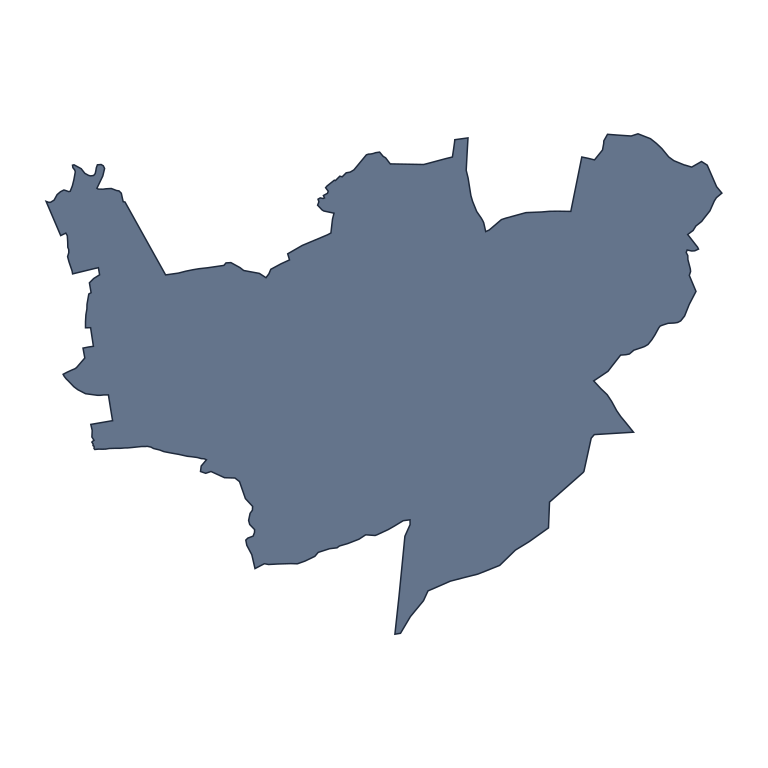 Ezza South, Ebonyi, Nigeria (Mercator projection)
{"feature_id": "59680162B18578493945657", "entity_name": "Ezza South", "entity_type": "district", "adm_level": 2, "iso_a3": "NGA", "parent_name": "Nigeria", "parent_adm1": "Ebonyi", "projection": "mercator", "projection_center": [7.982, 6.114], "detail": "fine", "context": "isolated", "style": "filled", "palette": "slate", "viewbox_px": 768, "rotation_deg": 0, "n_neighbors": 0, "source": "geoboundaries", "source_scale": "gbopen_adm2", "svg_char_len": 4299}
<svg xmlns="http://www.w3.org/2000/svg" viewBox="0 0 768 768"><path d="M468.0,137.9L454.8,139.7L454.5,142.6L453.6,149.0L452.4,157.0L445.8,158.6L428.7,163.2L423.7,164.5L391.1,163.9L390.4,164.0L389.3,162.7L385.6,157.8L383.2,156.4L379.6,152.1L375.5,152.7L373.9,153.3L371.9,153.8L369.8,154.1L368.6,154.1L366.4,154.8L353.9,169.9L350.2,172.1L346.2,172.8L344.7,174.3L342.2,176.8L339.8,176.2L335.4,180.6L334.3,180.2L327.0,186.0L325.6,187.7L328.2,191.2L327.8,192.4L327.5,193.3L323.4,195.5L324.5,197.9L323.1,198.5L320.2,197.9L318.0,199.2L318.9,201.8L317.6,205.2L322.0,209.9L323.8,211.0L334.0,213.2L332.5,219.1L330.9,233.0L327.5,234.8L302.3,245.4L287.7,253.8L289.5,259.9L281.0,263.8L270.8,269.3L268.9,273.8L266.0,277.7L259.4,273.4L243.7,270.5L240.0,267.6L230.9,262.6L226.0,262.9L223.9,265.4L207.4,267.8L199.1,268.7L193.1,269.7L185.7,271.2L178.4,273.1L165.6,274.9L149.7,246.4L125.0,202.0L123.2,201.7L122.3,197.8L121.3,193.2L119.0,190.9L116.5,190.5L113.7,189.4L111.3,188.5L109.1,188.6L105.8,188.8L103.1,189.2L98.2,189.1L96.9,188.3L102.8,176.0L104.6,168.5L103.3,165.8L101.1,164.5L97.4,164.8L96.3,167.8L95.9,170.4L95.2,173.6L93.6,175.5L90.6,175.9L88.6,175.4L84.8,173.3L81.2,168.7L74.0,164.8L72.5,165.2L72.9,167.7L74.7,170.0L75.3,171.8L73.9,179.6L72.4,185.7L70.2,191.3L68.7,191.6L65.3,190.4L63.9,190.0L60.5,191.7L57.1,194.6L54.1,200.1L50.5,202.3L48.6,202.3L46.1,201.4L60.7,235.6L65.8,233.1L67.3,235.7L67.7,242.0L67.8,247.3L68.7,249.5L68.8,252.6L67.6,256.6L69.0,261.9L72.1,271.0L72.6,273.9L94.7,268.5L98.4,267.7L99.6,274.8L93.7,278.5L89.4,282.8L91.1,292.7L88.8,294.0L87.0,304.3L86.9,308.9L85.9,314.8L85.5,321.7L85.5,327.8L90.6,327.7L93.4,346.3L88.5,347.0L83.0,348.1L84.8,358.0L76.5,367.6L74.8,368.8L72.3,369.8L67.1,372.2L63.1,374.3L64.3,376.5L66.3,379.0L68.0,380.6L73.8,386.7L77.8,389.7L85.5,393.7L97.4,395.3L100.3,395.3L104.0,394.9L108.4,394.9L110.8,409.9L111.9,416.6L112.6,420.7L110.5,421.0L90.8,424.4L92.2,430.4L91.9,437.0L94.0,440.3L92.2,441.6L91.9,442.2L93.1,444.0L93.0,445.6L93.7,445.9L94.2,447.0L94.0,448.5L94.8,449.5L98.5,449.1L102.3,449.2L105.7,449.1L109.2,448.5L115.4,448.3L120.4,448.3L125.3,447.9L127.8,447.9L132.1,447.5L135.8,447.1L141.8,446.5L145.7,446.5L147.1,446.3L151.0,447.1L153.5,448.5L159.7,450.0L163.8,451.6L169.9,452.8L174.3,453.6L178.4,454.3L187.4,456.3L191.4,456.7L197.3,457.5L199.5,458.1L201.2,458.6L204.3,458.8L206.4,459.8L201.2,466.0L200.5,471.5L205.7,473.3L211.0,471.5L224.5,477.7L234.9,478.0L239.5,481.6L245.4,498.6L252.6,506.4L252.4,510.2L250.1,513.3L248.6,520.4L249.7,524.5L254.6,529.6L254.5,532.5L253.1,536.1L247.8,538.1L245.8,540.1L246.8,545.3L251.8,554.7L255.0,568.6L264.4,563.7L268.5,564.5L277.7,564.0L290.9,563.6L297.4,563.8L305.0,561.1L314.9,556.3L318.2,552.4L329.6,548.7L337.1,547.8L339.4,546.0L347.7,543.6L359.0,539.2L365.7,534.8L375.1,535.5L377.0,534.8L388.2,529.6L394.5,526.0L403.2,520.7L410.0,519.8L410.1,524.6L404.9,536.2L403.4,551.6L399.0,596.4L394.9,634.2L400.5,633.3L410.4,616.6L423.5,600.7L428.0,590.9L439.8,585.8L450.2,581.2L464.0,577.6L477.9,574.1L499.7,565.4L515.4,550.1L527.3,542.8L529.4,541.5L548.5,527.9L549.5,502.8L549.5,502.1L583.0,472.6L583.9,471.5L591.2,438.2L594.3,434.6L633.5,432.2L626.1,423.0L620.7,416.5L616.7,410.7L611.7,401.5L607.2,394.7L600.8,388.6L593.7,380.9L608.0,371.3L611.6,366.6L620.6,355.1L626.0,354.7L629.4,354.0L633.8,350.2L637.1,349.1L642.2,347.4L644.6,346.5L648.0,344.5L651.8,339.8L655.0,334.8L658.8,327.8L660.1,326.1L662.0,325.3L668.1,323.3L674.3,323.0L677.6,322.5L680.7,320.9L684.6,316.0L689.2,304.5L696.0,291.4L689.3,275.4L690.6,271.5L690.3,268.8L687.9,259.6L687.8,255.6L686.2,252.5L687.1,250.0L691.7,251.0L694.8,250.8L698.5,249.1L697.6,247.2L694.7,243.5L687.7,234.5L693.1,230.5L695.9,226.0L701.7,221.4L703.7,218.7L709.9,210.9L714.3,201.0L716.4,197.7L721.9,193.1L716.6,186.7L707.2,165.1L701.5,161.5L691.7,167.1L685.1,165.1L684.9,165.2L673.9,160.7L668.7,156.9L661.9,148.6L656.3,143.3L650.5,138.7L638.0,133.8L635.2,134.7L631.2,136.0L617.9,135.1L607.5,134.3L603.8,140.9L603.7,143.5L602.5,150.0L594.5,159.9L588.1,158.3L581.8,157.0L570.8,211.4L557.8,211.2L549.3,211.3L541.3,212.0L526.0,212.6L505.9,218.1L501.4,219.6L489.2,230.0L485.7,231.6L484.5,226.2L483.7,222.7L482.7,220.6L481.2,218.0L479.1,215.0L476.7,211.5L472.6,201.4L470.9,195.6L468.1,178.0L466.2,170.3L467.1,153.4L468.0,137.9Z" fill="#64748b" stroke="#1e293b" stroke-width="1.5"/></svg>